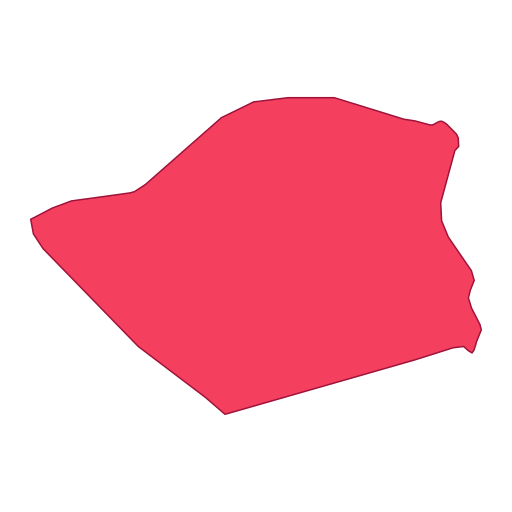 Karbala', Albers equal-area conic projection
{"feature_id": "IRQ-3062", "entity_name": "Karbala'", "entity_type": "Province", "adm_level": 1, "iso_a3": "IRQ", "parent_name": "Iraq", "parent_adm1": "", "projection": "albers", "projection_center": [44.011, 32.497], "detail": "fine", "context": "isolated", "style": "filled", "palette": "rose", "viewbox_px": 512, "rotation_deg": 0, "n_neighbors": 0, "source": "natural_earth", "source_scale": "10m", "svg_char_len": 725}
<svg xmlns="http://www.w3.org/2000/svg" viewBox="0 0 512 512"><path d="M403.8,119.2L415.0,120.9L429.1,124.7L431.3,125.0L433.2,124.7L437.5,122.3L439.6,121.4L441.5,121.2L444.0,122.3L446.8,124.3L456.6,134.3L458.3,138.1L458.4,141.0L458.7,146.4L454.9,150.5L440.7,202.8L441.6,220.8L448.4,237.2L471.4,270.7L474.2,280.4L470.4,290.0L468.4,297.9L471.5,308.0L480.0,324.6L481.3,329.9L476.4,342.0L475.7,344.9L473.9,350.3L472.0,352.9L468.5,350.8L463.6,346.5L453.0,347.8L415.1,359.8L225.0,414.3L205.4,397.4L138.4,346.6L43.1,248.7L33.4,233.9L30.7,219.3L52.4,208.0L71.5,200.9L121.3,194.1L129.9,192.9L134.4,191.7L145.4,184.5L221.5,117.6L253.6,101.9L287.9,97.7L334.3,97.7L403.8,119.2Z" fill="#f43f5e" stroke="#9f1239" stroke-width="1.5"/></svg>